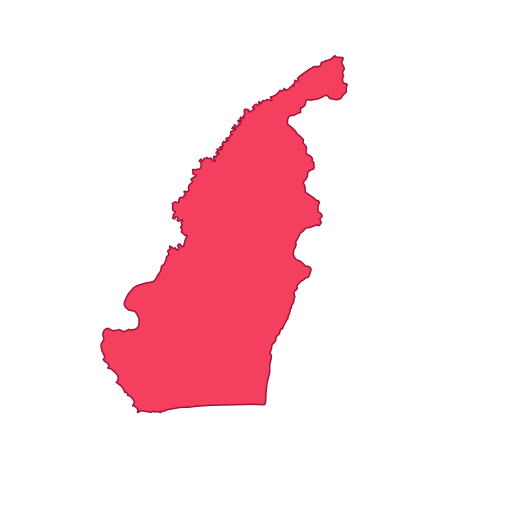 the district of Vinh Linh, Quảng Trị, Vietnam, rotated 143°
{"feature_id": "81297802B84418908504415", "entity_name": "Vinh Linh", "entity_type": "district", "adm_level": 2, "iso_a3": "VNM", "parent_name": "Vietnam", "parent_adm1": "Quảng Trị", "projection": "mercator", "projection_center": [106.901, 17.026], "detail": "fine", "context": "isolated", "style": "filled", "palette": "rose", "viewbox_px": 512, "rotation_deg": 143, "n_neighbors": 0, "source": "geoboundaries", "source_scale": "gbopen_adm2", "svg_char_len": 6131}
<svg xmlns="http://www.w3.org/2000/svg" viewBox="0 0 512 512"><g transform="rotate(143 256 256)"><path d="M440.4,265.2L440.2,262.6L439.3,260.8L439.1,257.7L439.7,256.3L441.5,256.0L441.7,255.6L439.5,252.6L438.2,245.2L438.8,242.6L439.6,241.3L441.9,239.4L443.6,239.2L441.8,233.0L442.0,228.8L442.9,226.6L441.7,224.9L441.5,223.2L441.8,222.0L442.4,221.8L441.3,220.7L440.6,218.7L440.4,215.5L441.1,212.5L442.1,211.6L443.7,211.3L444.6,210.5L443.2,208.9L442.5,205.3L443.7,203.2L444.7,202.5L444.5,202.1L441.8,201.8L440.2,201.0L434.3,194.8L433.3,194.3L432.4,194.4L431.3,193.0L428.2,190.8L426.2,188.2L424.4,188.8L422.6,187.4L418.5,186.3L406.5,180.0L401.4,176.1L393.9,171.8L382.4,164.3L347.9,139.6L340.4,133.4L338.3,132.1L335.5,134.4L330.3,140.9L323.4,148.1L315.3,154.6L310.2,161.2L304.7,165.7L303.4,167.9L303.4,169.7L303.1,170.3L299.4,172.6L297.7,174.6L295.5,175.8L293.6,175.8L291.5,176.5L288.2,179.4L284.0,179.8L282.6,181.2L280.2,182.7L278.7,181.9L275.1,184.1L270.1,186.4L268.2,186.7L267.4,188.0L263.9,189.9L261.2,192.2L260.5,193.2L259.1,193.3L257.2,195.3L255.9,195.4L253.3,196.8L252.2,197.9L251.6,199.1L249.6,199.9L247.9,203.9L246.4,204.6L242.9,205.0L242.2,205.8L242.2,206.6L240.3,207.9L235.4,208.8L233.1,208.4L229.4,208.5L226.8,207.7L224.3,208.9L221.0,211.3L219.8,212.5L219.8,215.1L220.9,216.8L222.1,217.5L222.4,218.0L223.5,224.4L226.2,229.6L225.9,232.6L225.2,235.0L223.4,236.9L221.4,238.7L219.6,239.0L217.2,240.9L215.5,243.8L214.4,243.8L207.4,247.4L202.5,247.6L200.1,248.4L198.5,248.0L196.1,246.4L189.2,244.4L187.1,242.2L183.7,243.4L182.7,247.3L179.8,247.6L179.1,248.3L178.5,250.1L179.5,253.8L178.1,256.4L175.8,259.0L173.1,260.5L172.9,262.8L174.5,264.3L174.6,266.4L178.1,277.2L175.1,282.0L174.2,285.8L173.5,286.6L170.5,287.1L167.4,288.5L166.5,289.1L165.2,290.9L163.4,291.8L160.5,291.7L158.5,290.9L156.7,291.3L153.7,295.5L153.8,298.7L152.2,299.9L152.4,303.3L154.2,306.9L153.0,309.8L150.5,311.8L150.1,313.5L150.4,318.0L148.5,320.0L148.1,321.0L149.0,326.7L149.7,328.7L149.3,331.5L149.8,335.7L151.4,342.3L150.2,344.1L148.2,346.3L146.3,347.3L143.8,347.4L141.1,345.5L138.2,345.2L133.9,343.8L131.8,347.0L131.1,346.7L130.3,347.1L128.3,346.6L126.1,347.0L121.9,350.4L121.4,350.3L118.5,347.5L111.6,344.0L103.7,342.4L102.0,340.0L102.5,337.6L98.4,333.1L97.3,332.1L95.5,331.3L94.2,330.9L92.7,330.9L90.6,331.9L85.2,332.7L82.7,335.9L79.9,338.2L80.3,339.2L81.4,340.2L82.0,342.9L79.7,346.1L77.5,347.2L77.1,349.3L76.1,350.8L72.9,352.2L72.3,353.6L71.3,358.9L68.4,360.6L67.4,361.6L67.3,362.2L72.1,366.5L72.5,367.0L72.3,368.3L73.1,368.6L78.5,368.1L80.4,369.1L82.1,369.2L82.6,370.2L85.0,370.0L86.5,371.1L87.8,371.0L89.3,369.5L90.4,369.2L92.3,369.9L93.2,369.6L93.6,371.1L96.8,372.7L98.5,372.4L100.1,373.0L109.2,373.3L110.0,372.8L110.7,373.3L112.7,373.3L115.9,372.9L116.3,370.9L116.7,370.5L117.4,370.5L118.2,371.0L119.2,372.8L121.2,371.0L122.9,370.4L123.3,369.3L124.2,370.6L125.2,369.7L127.3,370.3L129.6,369.6L132.5,370.6L132.5,372.7L133.1,372.7L134.0,372.0L136.4,372.4L137.0,373.8L140.4,372.9L143.7,372.8L146.1,373.2L148.7,374.3L149.2,373.7L149.2,371.2L149.8,371.0L150.5,371.3L152.7,374.2L155.7,374.5L157.0,376.0L157.7,376.0L159.5,374.7L160.3,374.6L160.4,377.1L160.8,377.3L161.6,377.2L162.0,375.5L162.9,375.1L164.1,375.2L164.3,377.0L165.5,377.5L168.6,377.1L169.4,376.6L169.4,376.0L168.5,374.9L168.9,374.2L174.2,374.8L174.7,375.1L174.9,375.8L174.0,376.6L174.0,377.0L174.5,378.1L176.6,379.9L177.2,379.8L178.5,378.5L180.0,375.6L182.0,375.5L182.0,374.4L182.4,373.8L183.0,373.8L184.7,376.0L185.8,375.6L185.8,373.2L186.4,372.7L187.6,373.1L187.4,374.1L187.6,374.8L189.0,374.9L189.2,374.0L188.6,371.5L189.1,370.8L190.3,371.0L190.9,372.0L192.1,370.4L193.2,370.5L193.6,370.9L193.9,373.4L194.5,373.7L195.2,371.8L195.8,371.5L196.7,372.9L198.4,372.3L198.2,371.7L195.9,369.8L196.0,369.3L198.7,369.6L200.9,370.6L202.4,369.5L202.2,367.2L204.0,367.9L205.7,366.8L206.3,366.7L207.7,367.8L209.5,367.6L209.6,366.4L208.8,365.2L209.2,364.8L211.1,365.8L212.6,365.4L212.9,366.9L214.1,366.8L215.9,365.3L215.6,363.9L215.9,363.6L218.2,364.5L219.7,364.5L219.8,363.6L218.6,363.1L218.4,362.5L218.8,361.9L219.5,361.8L221.0,362.2L221.8,364.1L222.9,364.6L223.1,362.9L225.4,362.8L225.8,362.3L224.2,361.4L224.1,359.8L224.7,359.7L225.7,360.3L227.2,360.3L228.6,359.0L229.3,359.9L229.5,360.9L229.9,360.9L231.3,358.9L231.2,356.8L231.5,356.4L232.2,356.5L233.1,357.7L233.1,361.4L235.7,362.5L235.9,364.2L237.2,364.2L238.7,365.2L241.1,363.8L241.6,364.5L241.6,366.5L243.5,366.3L244.3,365.9L243.5,364.2L244.1,363.0L246.9,359.6L249.4,359.5L250.9,360.9L252.2,360.9L253.8,362.9L254.7,363.0L256.8,359.8L256.6,358.5L255.1,357.3L255.1,356.6L256.0,356.1L261.3,356.5L261.9,355.9L261.9,354.2L262.3,353.1L265.2,353.1L267.3,352.5L269.1,351.1L269.7,349.3L270.8,348.5L272.2,348.5L273.3,350.1L274.6,350.8L274.9,350.4L274.6,348.2L274.8,348.0L276.5,347.8L278.6,346.5L281.1,348.3L281.8,348.3L284.2,347.1L284.9,345.7L285.6,345.3L286.5,345.8L287.6,347.6L290.0,348.3L291.2,348.3L292.3,346.0L293.5,345.0L294.8,343.0L294.8,341.8L293.9,340.3L294.3,339.4L296.8,339.0L299.8,336.2L298.7,334.5L296.8,335.8L295.9,335.3L295.5,334.6L295.6,333.0L297.2,332.2L297.5,331.1L296.6,330.2L293.8,329.8L293.1,328.9L293.3,328.3L295.4,328.0L296.8,325.0L298.9,324.4L299.2,323.8L298.8,322.0L299.4,321.2L301.2,320.3L300.3,315.1L298.9,314.3L298.7,313.7L303.2,311.3L307.9,307.4L308.6,307.3L309.4,308.0L309.6,311.4L310.8,312.0L312.4,311.3L312.6,308.6L313.0,308.1L315.9,308.4L316.1,309.0L315.4,310.0L315.4,311.0L317.4,311.6L318.3,314.9L318.9,315.7L319.7,315.0L320.5,313.0L322.6,313.5L323.6,312.9L324.4,310.4L325.2,309.2L327.2,309.3L328.2,309.0L329.8,307.3L334.7,304.6L337.3,304.9L341.4,301.3L345.7,300.0L350.4,297.7L353.8,297.5L361.3,301.2L369.7,304.1L373.4,304.2L381.0,302.5L386.2,300.0L389.4,297.9L390.8,295.8L391.0,293.2L390.3,289.9L389.4,288.4L386.7,285.7L386.1,284.2L386.0,282.3L387.0,276.6L389.9,272.7L392.1,270.7L393.4,270.1L396.3,270.1L399.2,271.4L402.1,274.1L406.6,274.8L407.3,275.5L409.3,279.3L413.6,281.4L415.6,282.9L417.6,287.2L418.9,288.0L421.4,288.1L423.1,287.5L424.8,286.3L426.2,284.4L427.1,281.8L428.0,280.7L432.3,279.1L433.9,277.5L436.1,273.0L437.4,266.7L438.0,266.0L440.4,265.2Z" fill="#f43f5e" stroke="#9f1239" stroke-width="1.5"/></g></svg>